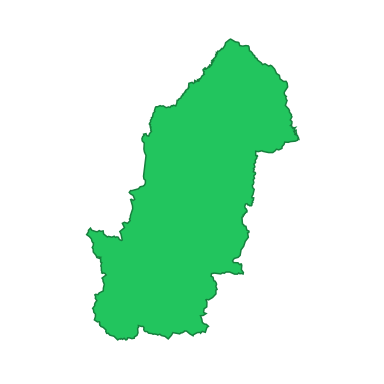 outline of Wiang Sa, Nan, Thailand, rotated 278°
{"feature_id": "78962969B97017444217792", "entity_name": "Wiang Sa", "entity_type": "district", "adm_level": 2, "iso_a3": "THA", "parent_name": "Thailand", "parent_adm1": "Nan", "projection": "albers", "projection_center": [100.768, 18.56], "detail": "fine", "context": "isolated", "style": "filled", "palette": "green", "viewbox_px": 384, "rotation_deg": 278, "n_neighbors": 0, "source": "geoboundaries", "source_scale": "gbopen_adm2", "svg_char_len": 6049}
<svg xmlns="http://www.w3.org/2000/svg" viewBox="0 0 384 384"><g transform="rotate(278 192 192)"><path d="M51.8,113.1L50.2,116.4L50.6,118.4L49.4,119.0L48.7,118.7L47.2,119.3L47.3,119.7L46.2,120.4L45.6,122.9L43.3,126.1L42.0,126.0L40.1,127.2L40.4,128.7L38.8,130.6L38.3,134.8L35.2,139.0L36.5,140.6L36.4,141.8L37.1,142.2L36.4,143.8L37.7,145.1L36.3,147.1L36.9,148.2L38.6,148.6L38.9,150.4L38.4,152.8L39.2,155.2L40.6,155.2L42.3,157.4L45.0,158.1L49.5,157.1L50.7,157.9L52.3,157.5L51.8,160.6L52.1,162.2L51.1,163.3L48.9,163.4L47.8,164.2L47.3,165.1L47.5,167.0L46.2,168.6L46.2,172.4L45.7,173.2L46.2,174.8L46.0,177.4L45.6,177.9L46.7,180.0L45.6,181.6L45.3,185.3L43.2,188.9L47.3,191.6L50.1,192.7L49.8,199.6L51.1,200.7L51.0,201.5L52.4,203.5L53.3,203.9L53.5,206.0L51.2,209.6L49.8,213.1L50.9,213.3L53.5,216.8L54.1,219.7L53.4,220.2L55.4,221.5L54.9,224.7L59.9,225.6L61.3,227.0L63.0,224.5L62.9,222.8L64.3,220.4L67.5,219.4L70.6,217.6L71.4,220.4L73.6,222.9L74.2,220.5L74.7,220.2L78.0,220.2L80.3,222.6L85.0,222.1L87.2,220.8L87.6,221.4L87.5,223.5L90.4,227.1L94.4,229.9L98.1,229.3L99.0,230.4L102.0,228.7L103.7,229.2L105.0,228.8L106.9,227.3L107.2,225.9L110.5,224.7L111.3,222.6L113.9,222.7L114.8,225.5L114.9,231.9L116.3,233.7L116.0,235.2L117.5,236.9L118.0,240.5L116.6,245.5L117.0,248.5L118.3,249.5L117.7,250.8L118.2,252.5L117.9,254.0L119.4,254.1L122.0,251.7L126.3,251.5L127.6,250.9L127.6,250.4L126.8,250.1L126.8,249.2L128.3,247.4L127.9,243.0L129.4,241.7L132.1,243.1L133.7,246.8L136.0,248.5L141.5,248.6L145.4,250.7L150.5,251.6L155.0,254.1L159.2,252.7L159.8,253.9L161.1,253.9L162.0,251.5L165.5,250.2L165.8,248.2L166.6,247.9L167.5,246.4L173.9,245.0L174.8,246.1L176.3,245.9L176.7,247.0L178.0,247.0L178.3,247.7L179.8,248.4L179.7,249.0L180.9,249.2L182.7,248.1L183.3,247.0L185.0,246.2L187.5,246.7L188.1,248.1L186.9,249.2L187.1,250.0L186.4,251.0L186.7,252.7L187.6,253.2L188.8,252.7L190.2,253.7L191.3,253.0L192.5,253.9L194.8,253.9L194.6,252.3L195.9,251.9L197.9,252.7L203.3,253.2L204.9,251.4L207.2,250.8L208.2,251.6L210.0,251.9L212.6,250.9L214.3,252.0L215.8,251.1L217.0,251.1L218.3,252.2L219.5,252.3L220.2,251.7L220.6,249.9L223.0,250.4L223.6,249.6L225.6,250.8L228.3,249.4L230.0,250.8L232.3,250.2L234.5,251.4L235.8,251.3L236.7,251.9L237.2,251.5L237.0,250.0L241.2,249.4L241.2,252.1L242.6,255.5L242.1,256.7L241.7,262.5L242.3,266.5L244.3,268.5L246.1,269.6L245.8,272.1L247.7,275.0L249.6,274.9L251.9,276.5L254.3,276.9L254.6,280.4L255.6,282.5L256.7,287.1L258.0,289.4L259.4,289.5L259.2,290.4L261.1,289.6L261.5,288.8L262.6,288.6L263.4,285.9L263.8,286.0L263.6,287.6L265.1,287.1L264.7,285.8L266.3,284.4L266.8,286.7L267.8,286.4L267.3,285.3L268.5,284.4L270.2,285.4L269.2,283.1L269.9,283.1L269.9,282.2L271.4,281.5L271.5,280.3L273.2,281.4L275.6,281.2L277.0,279.3L280.4,280.5L281.6,279.6L282.4,279.7L284.8,277.3L286.1,277.2L287.6,276.2L290.7,272.4L296.0,273.4L296.6,272.5L299.2,271.6L299.7,272.1L301.1,270.2L302.9,269.5L304.0,269.6L309.3,272.1L313.0,271.1L314.7,269.7L314.2,267.3L316.3,263.4L319.7,262.3L321.1,259.2L325.1,256.8L327.9,253.5L328.4,252.0L327.3,250.6L329.1,246.5L328.0,244.1L329.6,242.6L331.7,238.6L333.3,237.7L333.9,235.7L335.8,235.0L336.5,233.3L337.7,232.7L339.5,230.6L339.8,229.3L343.7,228.2L344.5,227.5L344.5,225.0L343.5,221.9L343.6,218.9L346.3,217.7L346.7,216.9L346.7,214.1L348.8,209.0L348.2,208.0L344.5,204.5L341.7,204.2L338.4,202.7L338.3,201.6L337.4,201.5L337.4,200.9L336.0,200.0L334.9,198.6L335.1,198.0L334.3,197.6L332.9,197.7L333.0,197.3L332.4,197.3L332.8,196.9L331.5,197.1L331.4,196.4L330.0,197.0L329.8,196.4L328.6,196.5L327.4,195.2L326.4,194.7L325.8,195.0L326.0,194.5L325.2,194.2L325.5,193.9L325.0,193.4L324.6,194.2L323.9,193.7L323.7,194.6L322.5,193.9L322.6,193.4L321.3,193.9L320.3,193.3L320.4,192.0L319.6,192.0L319.5,192.6L319.2,192.1L318.5,192.3L318.0,191.8L318.6,190.9L316.8,190.2L316.1,188.8L316.8,187.7L316.2,187.2L316.3,187.8L315.4,188.3L315.2,186.6L314.5,185.9L313.2,186.5L312.9,187.2L310.8,187.0L310.3,187.7L308.4,185.8L305.3,184.6L305.1,183.5L304.0,183.6L304.0,182.1L302.7,183.1L302.5,182.5L303.0,181.8L302.1,181.1L302.5,180.1L301.9,180.3L301.4,179.8L302.1,179.2L300.7,179.2L299.7,178.2L300.6,176.8L299.2,173.8L296.1,173.9L295.6,174.5L294.8,173.8L294.0,174.0L291.7,171.5L290.3,171.7L290.3,171.1L287.8,169.9L287.5,169.1L286.5,169.5L285.3,168.1L283.7,168.0L282.1,165.8L281.0,165.6L280.7,164.5L277.8,164.6L275.0,163.9L275.4,161.7L274.5,160.8L274.8,160.2L274.3,159.4L272.7,158.5L273.0,157.1L271.9,154.7L273.3,151.5L272.7,149.8L273.1,148.4L271.6,146.1L271.4,144.5L270.6,144.0L267.2,143.5L266.5,144.0L264.6,142.6L260.6,142.5L260.0,141.5L258.7,141.8L257.3,140.9L255.8,141.3L253.9,140.3L253.2,140.4L253.0,141.4L251.6,141.2L250.6,142.3L250.1,141.8L248.2,142.7L247.4,142.5L246.5,143.4L243.8,141.8L241.3,141.3L241.5,139.4L243.4,138.3L242.5,136.0L241.3,136.6L240.1,135.5L237.8,135.0L235.7,135.6L233.8,137.9L227.8,138.4L225.1,139.3L221.7,141.4L200.8,141.8L198.2,142.6L197.2,144.2L194.1,144.6L192.1,143.9L191.0,142.8L190.0,140.0L187.7,138.5L185.0,132.3L184.9,131.0L182.9,129.9L181.7,131.2L180.4,134.2L176.8,136.3L175.4,134.9L176.4,133.2L176.0,132.3L170.1,135.0L167.1,135.6L160.0,134.3L157.8,134.5L156.5,133.8L155.1,134.8L152.0,132.5L152.6,129.2L151.3,127.4L147.3,130.1L142.8,126.0L140.5,127.5L134.8,129.6L134.2,129.0L134.3,128.1L135.0,126.6L136.9,125.3L137.1,123.8L136.4,122.5L137.4,121.1L136.1,119.0L136.4,115.5L135.7,114.4L138.2,110.3L141.1,109.4L140.3,107.2L140.9,105.5L139.5,103.9L139.4,102.4L140.2,98.0L142.1,96.5L139.7,94.8L138.0,95.0L135.1,93.6L133.6,96.5L131.6,98.9L129.5,99.7L128.1,100.7L127.9,101.5L125.3,101.7L123.1,100.9L121.9,102.0L118.8,102.6L115.9,105.8L113.9,106.9L113.8,107.5L114.6,107.8L114.6,110.5L113.4,109.3L113.1,110.9L110.3,111.2L109.6,111.6L109.5,112.4L106.0,112.0L105.1,112.7L101.6,113.2L100.1,114.1L99.4,113.8L99.0,114.7L99.5,115.6L99.3,117.0L97.9,118.5L94.2,114.9L92.9,116.1L91.3,116.3L88.4,118.0L84.5,117.6L81.7,117.9L79.1,114.1L77.3,113.2L77.2,110.7L76.6,110.1L74.8,111.2L73.3,111.0L71.2,112.9L69.0,111.6L67.3,111.2L65.9,111.5L62.9,109.8L61.8,110.8L59.4,111.4L57.6,113.4L55.0,113.7L51.8,113.1Z" fill="#22c55e" stroke="#15803d" stroke-width="1.5"/></g></svg>